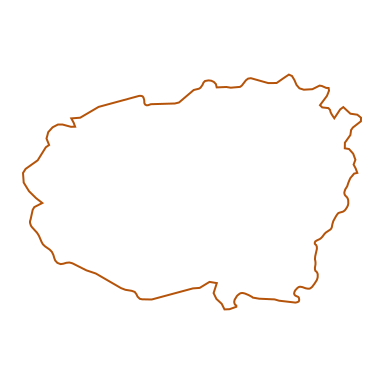 the border of Cuneo
{"feature_id": "ITA-5441", "entity_name": "Cuneo", "entity_type": "Province", "adm_level": 1, "iso_a3": "ITA", "parent_name": "Italy", "parent_adm1": "", "projection": "equal_earth", "projection_center": [7.731, 44.473], "detail": "fine", "context": "isolated", "style": "outline", "palette": "amber", "viewbox_px": 384, "rotation_deg": 0, "n_neighbors": 0, "source": "natural_earth", "source_scale": "10m", "svg_char_len": 2969}
<svg xmlns="http://www.w3.org/2000/svg" viewBox="0 0 384 384"><path d="M224.5,309.4L221.7,303.8L216.4,298.9L213.6,293.1L216.8,283.1L209.5,281.9L199.7,287.9L192.9,288.4L151.7,299.5L142.1,299.3L139.8,298.8L137.6,296.7L136.4,294.2L134.7,291.9L131.6,290.8L125.4,289.8L121.0,288.1L95.8,273.5L86.3,270.3L72.4,263.3L69.4,262.5L66.3,262.8L63.4,263.7L60.6,264.1L57.4,262.9L55.2,260.5L54.2,257.8L53.4,255.0L51.9,251.9L49.7,249.6L45.1,246.4L42.9,244.3L41.6,242.0L38.9,235.7L37.0,232.7L32.9,228.2L31.8,227.0L30.9,225.6L30.0,222.8L30.0,221.2L30.6,219.4L32.7,209.8L34.3,207.1L42.3,203.0L36.1,198.2L29.0,191.2L23.7,182.6L23.0,173.0L25.6,168.9L37.7,160.3L45.8,147.3L49.1,145.0L46.5,138.5L47.5,135.0L48.2,132.2L52.6,127.3L58.0,124.5L62.4,124.5L70.9,126.8L75.1,126.7L73.7,122.8L71.3,118.4L80.2,117.7L98.6,106.9L139.1,95.9L141.1,95.9L142.5,96.3L143.4,97.4L144.1,99.6L144.3,101.1L144.3,102.4L144.5,103.5L145.3,104.7L146.6,105.3L148.1,105.2L150.9,104.2L174.8,103.5L179.0,102.5L193.7,90.0L199.0,88.7L200.5,87.7L202.5,84.9L203.5,82.6L205.0,81.0L208.5,80.4L211.2,80.7L213.8,81.9L215.9,84.1L216.7,87.4L226.4,87.0L230.7,87.7L240.0,86.9L241.8,85.6L245.9,80.3L248.1,78.6L250.9,78.2L268.3,83.1L276.6,83.0L284.8,77.3L288.9,74.6L292.0,76.0L294.4,80.0L296.5,84.9L299.4,88.3L303.8,89.7L312.4,89.2L319.6,85.6L321.9,86.0L326.2,87.9L328.6,88.0L329.0,90.7L327.0,95.8L320.0,105.2L322.2,107.4L328.4,108.1L330.0,109.9L330.6,112.2L331.7,114.4L334.3,118.3L340.2,109.4L343.3,107.1L350.4,113.7L357.3,114.7L361.0,117.7L360.9,121.3L352.9,127.5L351.1,130.0L350.4,135.0L344.9,142.7L344.8,148.3L349.0,149.0L353.2,153.7L355.4,159.8L353.6,164.6L355.7,168.5L357.3,172.9L354.1,173.6L350.5,177.9L349.9,179.0L348.3,182.9L347.2,186.3L345.3,189.3L344.6,191.3L344.3,192.8L344.5,194.0L344.9,195.0L345.5,195.8L347.0,197.3L347.7,198.5L348.2,200.2L348.3,203.5L347.9,205.4L347.0,207.3L345.3,209.8L344.5,210.6L343.7,211.2L342.9,211.7L339.3,212.7L338.3,213.1L337.2,214.4L336.0,216.2L333.3,221.1L332.4,224.1L331.8,227.3L331.2,228.6L330.4,229.5L325.9,232.5L324.4,234.0L322.7,236.3L321.3,237.9L319.7,239.1L317.1,240.3L315.3,241.4L314.8,242.6L314.8,243.7L315.4,244.5L316.2,245.1L316.8,246.6L316.9,248.8L315.2,256.3L315.0,258.4L315.0,259.6L315.3,260.7L315.5,262.3L315.5,264.4L314.9,267.8L315.0,269.7L315.5,271.0L316.4,271.6L317.2,272.7L317.7,274.2L317.7,277.1L317.3,278.7L316.8,280.1L314.5,283.7L312.1,286.9L310.6,288.1L309.9,288.5L309.2,288.7L308.0,288.7L305.7,288.3L302.4,287.1L300.0,286.7L298.6,287.1L297.4,288.0L295.2,290.4L294.4,292.1L294.1,293.7L294.5,294.7L295.2,295.5L296.1,296.0L298.0,296.8L298.6,297.3L299.0,298.2L299.2,299.9L299.0,300.9L298.5,301.6L297.2,302.2L295.5,302.6L279.1,300.7L274.6,299.4L259.2,298.7L252.8,297.6L252.0,296.9L248.7,295.1L244.9,293.5L242.7,293.0L241.0,293.1L240.0,293.5L239.1,294.1L237.5,295.4L236.8,296.2L235.1,299.0L234.6,299.9L234.4,300.9L234.2,302.0L234.4,303.1L234.8,304.2L235.4,305.0L236.3,305.5L236.4,306.2L236.3,306.8L229.5,309.2L224.5,309.4Z" fill="none" stroke="#b45309" stroke-width="2"/></svg>